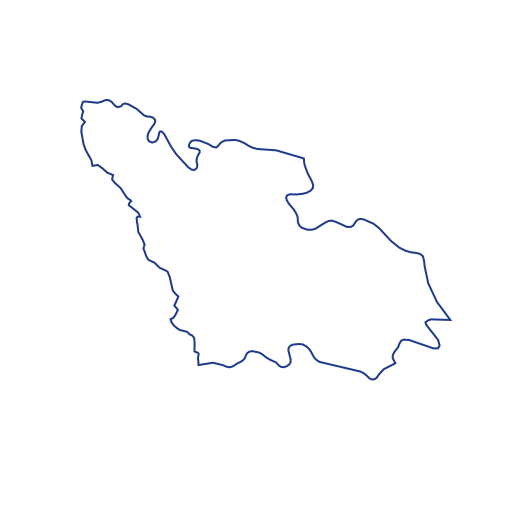 the County of Iasi, rotated 193°
{"feature_id": "ROU-308", "entity_name": "Iasi", "entity_type": "County", "adm_level": 1, "iso_a3": "ROU", "parent_name": "Romania", "parent_adm1": "", "projection": "natural_earth1", "projection_center": [27.411, 47.195], "detail": "fine", "context": "isolated", "style": "outline", "palette": "blue", "viewbox_px": 512, "rotation_deg": 193, "n_neighbors": 0, "source": "natural_earth", "source_scale": "10m", "svg_char_len": 3359}
<svg xmlns="http://www.w3.org/2000/svg" viewBox="0 0 512 512"><g transform="rotate(193 256 256)"><path d="M287.5,136.8L288.6,140.8L289.4,142.8L289.7,143.9L289.7,146.8L290.2,148.2L291.2,148.7L293.9,149.0L294.5,149.2L296.3,157.7L297.9,162.3L300.5,164.3L302.7,164.6L303.9,165.2L304.9,166.0L306.3,166.6L312.7,166.8L313.1,166.6L316.5,167.8L320.2,169.7L323.3,172.2L325.1,175.3L323.1,176.6L321.7,179.1L320.8,182.3L320.0,186.0L324.4,189.3L322.5,199.0L326.0,201.1L326.5,201.5L329.3,203.6L335.3,216.0L338.5,220.7L340.4,221.5L347.1,222.8L349.7,224.3L351.6,225.6L353.6,226.7L359.8,228.0L362.4,230.4L367.4,238.1L367.1,242.0L369.8,246.0L376.1,253.0L379.1,261.6L379.5,261.8L380.2,264.2L380.9,266.1L380.4,267.5L377.7,268.2L380.6,271.8L391.4,276.9L391.4,279.0L389.9,281.3L391.0,282.3L393.3,282.9L395.6,284.4L403.2,291.7L410.3,295.7L413.4,298.2L413.5,302.7L419.5,303.7L425.4,306.9L430.7,309.1L435.6,307.0L437.9,312.2L438.2,312.5L445.9,321.1L449.3,326.4L454.2,337.9L454.8,342.6L455.0,343.4L452.8,348.2L457.0,350.7L457.2,354.3L456.9,358.0L459.7,361.1L459.7,363.5L459.3,367.2L459.2,367.3L457.3,368.1L444.9,369.6L440.6,371.9L438.9,373.3L436.6,374.5L433.7,374.6L430.7,373.3L428.4,371.5L426.1,370.2L424.0,370.0L421.0,371.7L420.1,373.7L417.9,375.2L414.3,375.1L405.2,372.4L397.3,368.1L394.5,367.4L390.6,367.9L387.3,367.6L384.8,365.8L384.4,363.6L385.1,361.1L386.3,358.4L388.5,352.0L388.7,348.5L387.8,345.5L385.7,343.6L382.6,343.2L379.3,345.3L378.1,348.2L377.9,351.3L378.1,354.2L377.4,355.9L375.8,356.0L372.9,354.2L363.4,343.5L356.6,337.2L341.8,327.1L338.5,325.8L335.8,325.7L333.7,327.8L333.4,330.0L334.0,332.4L335.2,334.7L335.6,337.1L335.5,339.8L334.2,344.4L334.7,346.0L336.4,346.9L339.2,347.1L343.8,346.6L345.3,346.9L346.1,347.9L346.2,349.8L345.7,351.7L344.5,353.7L341.5,355.1L336.6,355.7L327.2,354.3L322.7,352.7L319.3,352.7L317.7,354.7L316.6,357.1L314.9,359.5L312.1,361.6L302.9,364.3L298.6,364.5L292.5,363.3L288.0,361.7L283.3,360.7L278.6,360.6L260.0,363.5L231.3,361.8L230.0,357.6L228.6,354.8L224.3,348.2L218.9,342.0L216.3,338.2L215.9,334.9L217.6,331.8L221.0,328.9L225.1,326.9L229.6,325.3L236.9,323.7L239.1,322.3L239.9,320.0L238.5,317.2L235.2,313.9L229.5,309.7L226.5,306.6L224.2,303.4L223.4,300.4L222.3,297.6L220.3,295.2L217.3,293.7L211.6,293.2L207.6,294.1L204.4,295.8L195.8,304.4L193.1,306.5L190.1,307.5L185.7,307.2L174.0,304.8L170.5,305.5L168.2,307.4L166.2,312.6L164.7,314.6L162.5,315.7L158.9,315.8L148.8,313.9L142.4,310.9L127.8,301.0L118.3,296.4L111.2,294.7L105.4,294.5L100.8,295.0L96.5,294.9L93.3,293.3L91.1,289.0L89.4,284.0L82.0,268.1L69.4,252.0L52.3,237.4L71.3,233.6L73.9,231.9L76.0,229.5L74.7,227.3L59.6,215.1L56.9,209.9L57.9,207.0L62.1,205.9L88.0,208.6L93.3,207.7L95.5,206.1L96.5,203.1L97.0,199.2L99.6,193.5L100.4,190.1L99.8,187.2L96.1,182.8L106.1,174.4L109.7,168.0L111.0,164.6L112.7,162.7L114.9,161.8L117.3,162.0L122.1,164.8L124.8,166.1L128.6,166.9L170.1,167.1L172.6,167.8L174.8,169.0L176.8,170.5L180.5,174.7L183.0,177.1L186.0,179.0L190.8,180.4L194.6,179.8L199.8,178.1L202.3,176.3L203.5,174.1L203.3,171.4L198.9,162.9L198.4,160.2L199.2,157.8L201.0,155.8L203.7,153.9L206.5,153.6L208.5,154.1L212.5,156.8L219.4,158.2L223.8,159.7L228.0,161.8L231.5,162.6L238.2,162.5L241.1,161.2L243.0,158.9L244.1,153.5L245.4,151.2L247.5,149.1L249.8,147.3L254.0,143.1L256.8,141.6L259.9,141.5L263.9,142.2L273.9,142.3L287.5,136.8L287.5,136.8Z" fill="none" stroke="#1e3a8a" stroke-width="2"/></g></svg>